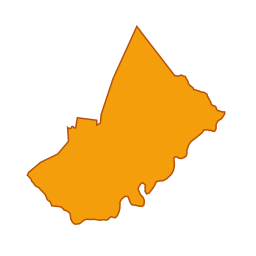 outline of Porto Alegre do Piauí, Piauí, Brazil, rotated 187°
{"feature_id": "56859067B75829579303444", "entity_name": "Porto Alegre do Piauí", "entity_type": "district", "adm_level": 2, "iso_a3": "BRA", "parent_name": "Brazil", "parent_adm1": "Piauí", "projection": "albers", "projection_center": [-44.088, -6.981], "detail": "fine", "context": "isolated", "style": "filled", "palette": "amber", "viewbox_px": 256, "rotation_deg": 187, "n_neighbors": 0, "source": "geoboundaries", "source_scale": "gbopen_adm2", "svg_char_len": 2057}
<svg xmlns="http://www.w3.org/2000/svg" viewBox="0 0 256 256"><g transform="rotate(187 128 128)"><path d="M34.0,155.7L36.2,155.5L41.1,156.3L42.4,157.5L43.5,159.9L45.0,160.5L47.1,160.8L48.5,162.1L48.9,163.6L53.2,169.5L53.7,171.1L55.7,172.2L57.1,172.7L59.9,172.7L62.2,173.5L64.1,173.7L66.1,174.0L67.4,174.2L68.1,175.5L69.9,176.8L72.0,177.9L73.5,179.7L74.6,182.3L75.8,183.5L77.5,186.2L79.3,186.1L80.8,187.0L82.6,186.7L83.8,185.7L86.1,185.6L88.3,185.8L94.0,191.7L122.9,220.9L131.6,229.9L148.5,176.3L149.0,174.5L156.3,138.0L156.1,132.9L156.0,129.5L159.4,127.0L159.9,131.9L179.5,132.0L180.0,121.7L181.6,121.6L182.6,122.8L183.8,122.6L184.7,120.7L186.5,120.3L188.0,121.2L185.4,107.5L194.6,93.6L210.4,83.4L221.2,71.9L222.2,68.8L220.9,68.0L218.1,65.5L216.9,63.3L215.7,62.3L214.8,61.4L212.8,59.3L210.6,58.4L208.8,57.7L207.6,56.4L205.1,54.4L203.7,53.2L202.0,51.9L199.6,47.5L198.5,46.4L197.1,45.8L195.9,44.8L194.9,43.0L194.3,41.5L192.1,41.5L187.0,41.6L185.3,41.5L183.7,40.8L181.2,38.6L179.6,38.6L176.4,37.1L175.0,35.6L173.5,30.3L171.9,28.1L170.3,26.6L168.5,26.1L164.5,27.1L160.0,31.5L157.3,32.6L154.7,32.5L149.8,33.3L144.4,33.0L142.2,33.9L137.6,34.1L136.0,35.6L135.3,36.9L133.9,37.8L129.7,37.3L127.8,39.9L126.6,44.3L126.3,46.9L126.9,53.9L125.5,56.8L122.6,59.9L119.5,59.8L117.1,55.0L115.6,53.0L114.5,52.2L112.1,52.3L106.7,51.8L104.0,52.2L102.9,53.3L102.9,57.2L103.2,58.4L104.3,60.7L107.7,63.7L110.4,68.2L110.3,70.4L109.3,72.8L107.9,74.9L106.3,75.4L103.8,73.3L103.8,71.1L103.4,68.8L103.4,67.2L101.4,64.8L99.1,66.0L96.7,70.0L94.5,74.3L94.0,76.4L93.0,78.4L89.0,79.7L87.2,79.7L83.5,82.2L79.6,87.0L78.8,88.5L77.7,91.6L77.5,94.5L77.3,95.9L78.0,100.1L78.5,101.9L78.7,103.8L77.3,105.3L75.5,105.1L74.3,104.3L72.0,104.1L70.5,104.5L67.9,106.2L66.9,107.3L66.4,109.8L66.9,112.4L66.0,117.4L64.9,120.4L64.1,121.8L61.6,124.5L59.6,126.3L54.2,132.0L53.2,133.5L52.6,135.2L49.3,135.8L46.8,135.5L45.3,135.7L43.6,135.2L41.7,135.2L40.5,137.8L41.0,142.3L40.1,145.0L39.0,146.6L36.9,148.1L35.8,149.4L34.2,152.8L33.8,154.0L34.0,155.7Z" fill="#f59e0b" stroke="#b45309" stroke-width="1.5"/></g></svg>